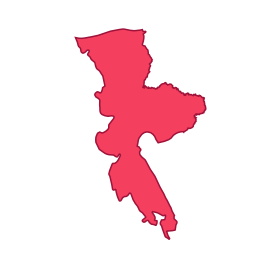 outline of Don Mot Daeng, Ubon Ratchathani, Thailand, rotated 193°
{"feature_id": "78962969B4168813310505", "entity_name": "Don Mot Daeng", "entity_type": "district", "adm_level": 2, "iso_a3": "THA", "parent_name": "Thailand", "parent_adm1": "Ubon Ratchathani", "projection": "orthographic", "projection_center": [104.981, 15.398], "detail": "fine", "context": "isolated", "style": "filled", "palette": "rose", "viewbox_px": 256, "rotation_deg": 193, "n_neighbors": 0, "source": "geoboundaries", "source_scale": "gbopen_adm2", "svg_char_len": 5759}
<svg xmlns="http://www.w3.org/2000/svg" viewBox="0 0 256 256"><g transform="rotate(193 128 128)"><path d="M156.7,109.0L156.0,106.8L151.1,100.7L144.9,98.2L143.1,97.8L140.7,97.7L135.9,98.4L133.8,97.5L132.5,97.3L131.9,97.5L131.6,98.0L130.7,100.4L130.1,100.7L129.6,100.4L129.3,99.7L129.4,98.6L130.3,94.8L131.1,92.7L132.5,90.9L133.2,90.5L134.8,90.1L135.3,89.3L136.3,82.0L136.3,79.1L136.0,78.3L134.7,76.8L130.8,68.7L129.3,65.0L128.7,64.4L128.2,64.3L127.4,64.6L126.7,65.3L126.0,65.1L124.7,62.2L123.0,59.1L120.8,55.9L120.0,55.1L119.4,55.1L118.7,55.5L118.2,56.7L117.8,58.4L116.8,59.8L115.7,60.5L114.5,60.9L113.9,61.3L113.0,62.3L111.9,64.8L111.5,65.0L110.7,64.8L110.0,64.1L106.9,59.3L103.8,56.0L101.0,53.8L98.5,50.6L97.3,49.6L94.9,48.7L90.9,45.5L90.7,45.0L91.2,44.1L93.2,41.5L93.2,40.9L92.8,40.2L91.4,39.8L90.4,40.2L89.4,41.5L88.6,42.2L87.7,42.4L87.1,42.1L85.9,40.7L83.7,39.6L80.8,39.7L79.3,39.4L78.7,39.7L78.4,41.8L78.8,44.0L79.1,44.2L80.8,44.0L81.3,44.2L81.3,46.1L81.7,47.3L83.2,49.1L85.4,51.1L85.4,51.7L85.1,52.1L80.0,52.0L74.3,50.4L73.3,50.7L72.5,51.4L72.1,51.3L71.8,51.1L71.6,50.6L71.5,47.5L71.9,46.9L73.8,46.2L74.4,46.1L74.6,45.9L75.2,43.1L74.9,41.7L73.1,40.0L71.7,37.4L67.3,30.6L66.6,30.2L64.6,29.6L63.1,28.9L62.7,29.1L62.6,29.7L65.1,32.5L67.1,36.0L66.8,36.3L61.6,38.0L59.2,39.1L59.1,39.8L59.5,44.2L59.0,46.4L59.2,47.6L59.7,48.1L62.5,49.8L62.8,50.4L63.3,52.6L63.0,53.1L66.4,57.0L68.4,60.2L69.7,61.5L73.7,66.4L75.4,68.1L78.4,72.0L83.6,77.7L91.0,87.1L97.0,92.7L103.9,100.6L105.2,101.4L107.6,102.6L110.1,104.4L110.8,105.4L111.3,107.3L110.6,109.4L110.8,110.2L111.7,110.7L113.0,112.0L114.9,112.3L115.2,118.5L115.0,120.6L113.6,124.0L112.8,125.4L111.3,127.0L110.4,127.7L109.8,127.8L109.4,128.2L108.5,128.5L105.0,128.6L102.3,127.5L100.1,125.8L98.1,123.1L95.3,120.4L89.6,123.2L85.7,125.8L83.8,127.8L82.1,131.2L80.2,133.3L78.0,135.0L76.2,135.9L74.7,136.5L73.4,136.8L72.9,136.5L72.9,137.0L72.6,137.2L72.1,137.2L71.4,138.1L70.0,139.4L69.4,141.4L68.8,141.1L68.2,141.5L67.4,141.6L65.8,142.7L65.1,143.8L64.8,144.0L64.9,145.9L64.6,146.3L64.5,147.1L64.0,147.4L64.2,148.4L63.8,148.8L63.7,149.4L63.3,149.6L63.2,149.8L63.6,150.7L63.6,151.5L63.8,152.0L64.1,152.1L64.0,152.4L64.3,153.1L64.6,153.1L64.2,153.4L64.9,153.6L65.2,154.0L65.8,154.2L66.2,154.6L66.1,154.9L65.5,155.8L64.0,156.1L63.6,156.7L63.9,156.8L65.0,156.6L64.9,156.9L62.6,157.3L61.8,157.0L61.2,157.6L61.1,158.2L60.3,158.3L59.1,159.0L58.5,159.1L58.4,159.7L58.0,160.0L57.6,160.0L57.5,160.4L57.7,160.6L57.7,161.1L57.2,161.9L57.4,162.4L56.9,162.7L56.9,163.2L56.7,163.2L56.5,163.4L56.5,163.9L56.6,164.5L57.0,164.9L57.0,165.6L57.4,165.9L57.3,166.3L57.6,166.9L58.3,167.5L58.4,167.8L58.6,167.7L58.7,168.0L58.9,169.4L59.6,170.5L59.6,170.8L60.1,170.9L60.4,171.3L60.3,171.7L60.6,172.0L60.6,172.4L60.8,172.8L60.6,172.9L60.8,173.2L60.6,173.5L60.9,173.7L60.8,174.1L60.5,174.1L60.7,174.6L61.4,174.6L61.5,174.3L62.1,174.6L62.8,174.4L64.6,175.7L65.8,175.9L66.2,175.7L66.2,175.3L66.1,175.0L66.4,174.8L67.6,175.1L68.7,175.1L69.1,175.3L69.4,175.2L69.8,176.0L70.1,175.7L70.3,175.2L71.1,175.6L71.6,175.4L71.9,174.2L72.9,174.4L73.7,174.8L74.3,174.8L74.9,174.3L75.5,174.5L76.4,174.0L76.7,174.2L76.8,175.3L77.7,175.4L78.0,175.3L78.4,174.7L79.2,174.4L79.3,172.9L79.8,172.9L80.3,172.6L80.5,172.8L80.4,173.2L81.1,173.1L81.1,173.9L81.8,174.4L82.8,174.4L83.5,173.9L84.1,174.2L85.0,175.4L85.6,174.9L86.1,175.1L87.3,176.1L88.3,177.5L88.8,177.3L88.6,176.7L88.9,176.4L89.4,176.8L89.7,178.0L90.0,178.1L91.0,178.1L91.5,177.4L92.4,177.0L92.7,177.1L92.8,177.5L93.2,177.3L93.8,177.5L94.0,179.2L96.1,180.4L97.6,180.0L97.9,179.5L99.1,178.9L99.4,179.3L100.2,179.3L100.4,179.6L100.7,179.6L101.3,180.6L101.9,180.6L102.6,179.9L102.7,179.4L104.5,178.7L105.3,178.0L105.4,177.7L105.9,177.1L105.9,176.6L106.6,176.1L106.5,175.3L106.8,174.8L107.9,174.6L108.1,174.3L108.2,173.2L108.3,173.1L109.0,173.2L109.3,172.6L109.8,172.2L110.3,172.5L110.9,172.4L111.6,172.9L111.8,172.8L112.0,172.4L113.5,172.8L114.3,172.7L114.6,171.7L115.5,171.9L116.1,171.8L116.8,172.2L116.7,171.4L117.4,171.2L118.5,171.6L118.8,172.0L119.1,171.6L119.3,171.6L119.9,172.4L120.8,172.9L121.3,171.7L121.3,170.7L122.6,171.0L122.2,173.6L122.5,174.8L122.4,175.5L122.8,176.9L122.7,178.7L122.1,178.9L121.7,181.5L120.7,182.1L120.9,183.2L120.8,185.6L120.2,186.3L119.5,187.7L119.6,188.0L120.3,188.2L120.9,189.4L120.4,190.3L120.4,190.8L120.7,191.3L120.5,192.2L120.2,192.6L120.1,193.8L121.5,195.2L121.2,195.8L120.3,196.7L120.2,197.5L119.7,198.2L120.1,198.8L119.7,199.8L120.7,200.8L120.8,201.2L122.3,202.4L123.7,204.1L124.7,204.5L126.1,208.3L127.7,209.4L130.1,211.8L130.7,211.6L131.6,211.7L132.6,212.2L132.8,213.0L132.6,216.1L132.8,219.1L133.3,221.4L134.1,222.5L134.2,223.1L132.4,225.2L132.3,225.8L132.8,226.1L134.2,225.6L135.0,225.5L136.2,227.1L138.2,226.1L143.7,224.2L147.3,223.7L153.9,223.5L155.7,223.1L158.6,222.0L166.8,218.4L178.0,211.5L184.2,208.6L190.5,205.9L193.4,204.9L196.0,204.4L199.5,204.3L196.8,200.5L195.0,197.1L194.2,196.2L192.7,195.3L192.1,194.7L190.9,191.9L190.5,191.4L189.2,190.8L188.2,191.0L187.0,192.0L185.3,194.5L184.4,195.0L183.6,194.9L183.2,194.4L183.1,193.7L183.8,191.4L183.8,190.5L183.6,190.1L181.0,188.7L179.2,186.5L175.4,184.6L174.8,183.9L173.5,181.1L172.2,179.2L171.3,178.5L168.7,177.3L164.2,173.0L160.3,164.6L160.0,163.6L161.8,161.6L161.7,159.8L161.8,158.3L162.1,156.9L162.4,156.2L163.0,155.9L165.0,156.4L165.8,156.4L166.3,156.2L167.6,154.6L167.9,153.3L167.5,152.3L166.2,151.0L163.5,150.1L162.3,149.4L161.7,148.7L160.8,144.1L160.0,141.7L159.1,138.3L158.2,136.6L157.2,135.8L156.2,135.3L153.4,134.8L150.2,134.9L147.0,136.1L145.5,136.3L144.6,136.1L144.0,135.5L144.1,134.0L147.3,127.1L147.3,126.0L146.8,123.9L147.2,122.2L149.1,119.6L151.4,117.6L152.4,117.3L154.6,117.7L156.2,116.4L156.6,115.5L157.1,112.7L157.1,111.3L156.7,109.0Z" fill="#f43f5e" stroke="#9f1239" stroke-width="1.5"/></g></svg>